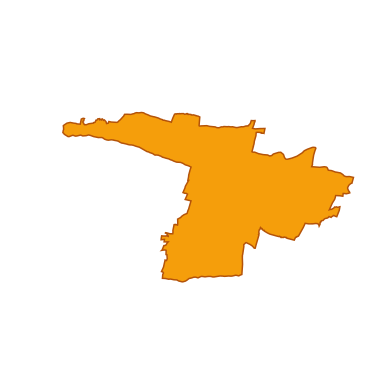 Motoseni, Bacau, Romania, rotated 294°
{"feature_id": "2599482B25662052430617", "entity_name": "Motoseni", "entity_type": "district", "adm_level": 2, "iso_a3": "ROU", "parent_name": "Romania", "parent_adm1": "Bacau", "projection": "natural_earth1", "projection_center": [27.425, 46.347], "detail": "fine", "context": "isolated", "style": "filled", "palette": "amber", "viewbox_px": 384, "rotation_deg": 294, "n_neighbors": 0, "source": "geoboundaries", "source_scale": "gbopen_adm2", "svg_char_len": 6077}
<svg xmlns="http://www.w3.org/2000/svg" viewBox="0 0 384 384"><g transform="rotate(294 192 192)"><path d="M271.0,333.6L270.2,329.6L268.9,327.0L268.6,325.6L268.6,324.4L269.3,322.7L269.8,319.9L268.9,316.0L268.6,315.3L268.3,310.8L267.4,307.8L267.6,307.3L268.4,306.6L269.1,305.7L269.4,305.0L269.4,304.4L268.9,302.6L266.5,298.6L263.8,291.0L266.1,290.9L267.3,290.3L271.5,289.1L275.3,288.1L279.8,287.5L282.2,287.4L282.6,287.1L282.8,286.6L282.3,284.9L281.6,283.7L278.0,280.0L275.6,278.0L274.3,277.3L273.8,277.3L272.5,276.7L267.5,273.4L263.7,269.6L260.7,265.8L260.2,264.5L260.6,263.3L261.5,262.1L263.2,260.6L263.6,260.0L264.4,257.0L263.5,255.1L260.1,251.2L259.1,250.5L257.8,250.1L256.5,248.4L256.6,246.1L255.1,241.8L254.3,238.1L254.1,237.5L253.9,233.1L253.2,231.5L253.2,230.4L258.7,229.5L258.7,229.4L261.1,229.1L263.8,228.3L269.5,227.5L271.1,226.9L272.6,226.5L273.4,228.0L274.5,231.2L273.9,231.4L274.8,233.5L274.8,233.9L279.7,232.8L277.6,228.3L275.4,224.2L274.8,221.4L279.7,221.1L280.3,220.7L281.8,220.9L282.9,220.5L282.0,218.8L281.4,217.1L278.3,217.4L275.1,216.3L274.9,215.6L274.5,215.2L274.4,214.6L272.7,212.7L272.2,211.9L271.8,210.7L269.3,207.2L268.8,206.1L268.1,202.5L267.3,201.0L266.7,198.9L266.0,197.7L264.8,194.5L264.1,193.8L263.4,192.2L261.9,190.8L261.3,189.7L260.9,188.4L260.9,186.7L259.1,181.3L258.6,178.5L256.0,173.3L255.4,172.2L255.3,171.8L255.4,171.6L255.7,171.4L263.7,168.6L263.8,166.7L263.5,165.5L263.5,164.9L263.3,164.7L263.4,164.4L263.3,163.4L263.1,162.8L263.2,162.3L262.2,160.4L262.4,159.6L262.1,159.2L262.2,158.8L261.5,157.1L261.8,156.3L261.7,156.2L261.4,156.3L261.6,155.6L261.2,155.4L261.2,155.1L260.9,155.0L260.7,154.5L260.0,153.8L260.2,152.4L259.4,150.6L258.8,149.7L258.7,148.9L258.1,148.4L258.0,147.7L257.4,146.5L256.9,146.2L256.9,145.5L256.0,144.4L251.7,144.4L247.3,144.7L247.2,142.6L246.4,138.8L246.3,137.5L245.8,136.4L246.1,135.7L245.8,133.5L245.9,131.3L245.4,127.2L245.2,126.6L244.5,122.9L244.6,120.4L244.4,117.3L244.6,116.4L244.6,115.4L244.1,113.5L242.7,111.3L241.9,109.0L240.8,107.7L240.0,107.2L239.6,106.5L238.0,104.6L236.6,101.0L235.5,98.8L233.4,98.7L232.8,98.4L228.8,97.1L227.3,96.3L226.0,95.9L225.1,95.2L223.0,89.6L222.6,87.4L220.7,87.4L219.8,86.1L221.3,84.8L222.2,82.6L221.4,81.9L222.0,81.1L222.3,80.4L221.6,79.6L220.9,79.7L221.1,78.7L220.5,78.2L221.4,77.7L220.5,76.2L218.8,75.8L218.5,75.5L218.5,75.1L216.3,75.1L215.4,73.9L214.9,74.0L212.4,70.0L210.5,68.1L209.8,66.5L209.8,66.2L210.0,65.8L210.8,65.1L210.9,64.6L211.6,63.8L212.8,63.8L212.8,64.1L213.0,64.2L215.0,63.7L215.3,63.8L215.3,63.2L215.0,62.5L213.6,61.2L208.5,62.3L207.4,59.1L207.5,58.2L206.8,56.0L206.0,52.4L204.0,49.7L200.8,47.7L200.0,47.5L199.8,47.8L196.9,49.3L196.0,49.3L193.7,49.9L193.4,51.0L192.8,51.8L192.2,56.2L192.4,56.7L192.6,57.2L195.2,59.8L195.5,60.7L195.6,62.5L195.8,63.1L196.4,64.1L198.7,67.1L198.8,69.4L200.4,72.4L202.1,74.4L202.4,76.3L202.6,79.6L203.3,82.7L203.6,84.2L204.9,87.0L205.2,88.1L204.7,90.8L204.9,92.9L205.3,94.5L206.9,97.1L207.6,99.4L207.5,99.6L208.3,102.9L208.4,104.4L208.2,105.3L208.1,107.7L208.5,109.2L209.3,113.4L209.3,114.1L209.7,115.9L210.3,117.3L210.8,119.3L211.0,122.2L211.5,125.7L210.6,134.8L211.0,135.7L210.8,137.1L211.1,140.3L210.7,142.6L210.7,143.3L211.2,144.1L212.0,146.5L211.9,147.4L212.1,148.8L211.8,150.9L212.1,152.6L212.3,154.6L212.8,157.2L212.7,159.2L212.9,160.8L212.8,162.7L213.0,165.7L214.4,169.5L214.5,172.0L214.1,174.8L214.5,178.0L214.4,181.0L211.2,181.3L206.2,182.1L204.4,182.7L200.9,183.5L201.2,184.2L194.5,183.6L192.8,183.9L187.8,184.0L187.9,186.1L188.4,187.0L188.2,188.8L182.4,188.8L183.5,194.7L174.7,195.9L173.8,195.8L170.4,196.2L168.0,193.9L165.3,192.3L164.2,192.1L161.4,189.9L158.3,191.4L156.0,192.3L155.7,192.0L155.9,191.4L155.8,190.7L155.4,190.3L155.6,189.9L154.9,188.9L149.1,190.2L147.5,191.0L146.0,191.4L144.9,188.9L144.4,185.4L144.1,184.4L143.7,184.4L143.7,185.7L142.6,187.6L142.2,188.1L141.8,188.3L141.6,186.5L141.1,185.9L140.4,184.4L139.6,182.1L136.6,182.9L135.8,183.2L137.5,186.1L135.1,186.8L136.7,190.5L135.6,190.1L133.0,189.8L131.9,188.7L131.6,188.1L126.9,188.3L126.4,188.1L127.8,190.3L128.1,191.3L128.2,192.1L124.3,193.7L124.5,194.6L121.4,196.3L121.2,196.5L119.0,196.6L118.9,196.5L118.9,195.1L111.8,196.5L106.9,196.5L107.1,197.7L106.4,198.9L104.8,198.8L101.1,200.1L102.2,203.0L102.8,206.1L103.7,207.7L104.5,211.3L105.5,213.9L105.3,216.0L105.9,219.5L106.3,220.3L108.0,222.3L109.5,223.3L111.8,224.5L113.4,226.7L114.9,228.3L115.7,229.9L116.0,232.4L118.3,234.4L118.9,235.3L119.8,238.4L121.4,241.0L122.3,242.9L122.7,244.4L122.7,245.0L123.3,246.6L126.7,251.8L127.6,254.1L128.2,256.1L130.2,259.7L131.0,261.9L131.7,263.1L133.7,265.7L134.1,267.0L134.3,268.5L134.6,269.0L135.9,270.0L136.9,271.1L146.5,267.6L152.7,264.6L153.4,264.4L153.9,264.0L155.9,263.6L163.1,261.6L165.0,260.7L167.6,261.8L167.8,262.1L167.7,266.3L167.3,268.6L167.1,269.4L166.0,271.7L166.4,272.6L169.3,272.1L180.1,270.6L180.2,270.1L181.6,270.1L182.5,269.3L184.8,268.8L185.3,269.2L187.4,269.0L187.1,269.7L187.1,270.5L187.0,270.8L186.6,270.6L186.6,271.0L186.0,272.5L186.3,273.6L185.8,273.7L185.7,274.1L185.3,277.6L185.2,280.3L186.3,287.8L186.7,289.8L187.2,290.1L186.7,291.7L187.1,291.7L187.2,292.9L187.6,294.0L188.3,294.4L188.5,295.6L188.8,296.3L188.8,296.6L188.5,296.6L188.4,297.7L189.6,305.0L192.0,305.0L192.8,305.2L193.4,305.6L193.3,305.8L193.5,306.0L193.9,306.0L195.0,307.2L205.1,308.1L209.4,308.1L210.4,311.7L212.1,315.4L213.5,317.7L214.1,319.3L214.1,320.2L213.4,321.4L212.6,322.0L214.6,322.1L215.9,321.5L216.2,321.7L217.1,321.5L217.3,322.0L218.4,321.9L219.3,323.3L221.2,323.9L221.9,324.4L223.1,326.1L224.3,327.0L225.3,327.2L225.4,329.4L226.1,329.5L227.2,330.5L228.0,330.6L228.3,331.4L228.1,332.8L228.3,334.3L235.1,334.0L238.7,333.1L238.3,332.5L237.8,332.2L237.2,331.2L237.2,330.1L236.5,329.2L236.3,328.4L234.9,328.0L232.8,326.4L232.2,325.2L231.7,324.7L239.0,324.7L243.3,325.3L245.2,325.1L247.2,324.7L248.7,328.6L249.5,331.5L252.1,330.7L252.6,331.8L253.1,333.6L254.5,335.5L255.4,336.5L256.0,336.0L256.6,334.9L257.9,333.3L258.8,332.6L259.4,332.4L261.8,332.5L263.5,333.2L264.9,334.1L265.1,334.5L271.0,333.6Z" fill="#f59e0b" stroke="#b45309" stroke-width="1.5"/></g></svg>